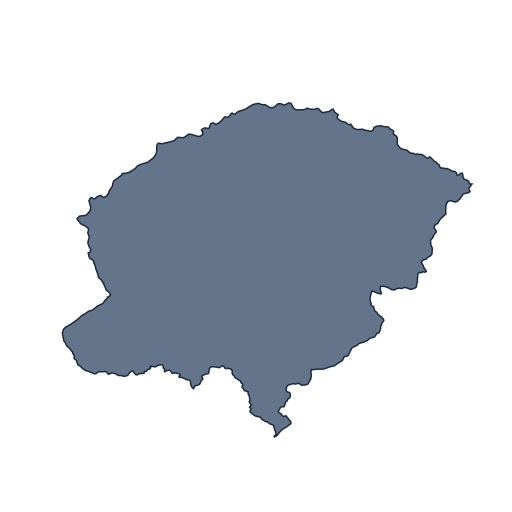 Alpujarra, Tolima, Colombia (orthographic projection), rotated 199°
{"feature_id": "7082276B44819240865688", "entity_name": "Alpujarra", "entity_type": "district", "adm_level": 2, "iso_a3": "COL", "parent_name": "Colombia", "parent_adm1": "Tolima", "projection": "orthographic", "projection_center": [-74.953, 3.394], "detail": "fine", "context": "isolated", "style": "filled", "palette": "slate", "viewbox_px": 512, "rotation_deg": 199, "n_neighbors": 0, "source": "geoboundaries", "source_scale": "gbopen_adm2", "svg_char_len": 6064}
<svg xmlns="http://www.w3.org/2000/svg" viewBox="0 0 512 512"><g transform="rotate(199 256 256)"><path d="M298.9,401.1L303.6,401.1L308.4,398.1L314.3,390.9L319.9,386.8L322.0,383.3L324.1,383.0L325.0,383.4L325.6,383.0L327.3,378.3L327.8,377.9L330.5,377.6L331.1,376.9L333.0,372.2L334.9,369.2L337.0,367.3L339.5,368.0L341.3,367.0L342.0,366.0L342.0,361.6L343.0,361.0L346.3,360.4L348.3,358.2L348.4,356.9L346.9,356.0L345.9,353.8L347.5,351.3L349.6,350.2L357.2,349.9L359.4,349.2L362.0,345.4L363.4,344.1L368.7,342.7L370.2,340.1L370.3,339.1L373.1,336.8L381.3,331.6L385.1,330.8L385.8,329.3L385.7,328.1L383.7,321.5L384.0,318.6L384.9,315.5L389.2,309.1L394.0,305.8L397.3,302.8L398.7,299.4L403.1,293.9L405.7,292.0L409.4,290.5L409.4,288.7L415.0,280.5L415.0,277.8L414.5,275.8L415.5,271.3L416.0,270.3L415.8,267.6L417.0,263.6L419.1,261.8L420.0,261.8L422.5,262.8L425.4,260.4L427.3,257.4L428.5,257.2L430.3,257.8L431.4,257.2L432.0,253.9L428.1,248.3L427.6,245.1L427.9,243.8L430.0,239.1L435.6,236.4L437.4,233.2L436.2,231.8L434.6,231.2L432.7,229.6L431.1,229.1L426.8,228.8L423.4,227.3L422.8,225.9L422.7,223.3L419.8,219.6L419.5,214.8L419.0,213.2L416.7,210.4L414.7,208.7L414.2,207.6L414.1,205.6L415.7,204.3L413.6,200.9L412.2,199.7L408.7,198.9L408.0,198.3L407.2,196.8L404.5,194.0L403.7,192.3L398.9,186.4L398.2,184.6L395.0,183.3L391.5,180.6L386.2,174.8L383.2,174.0L380.9,172.0L381.3,170.5L382.7,169.3L383.3,166.8L384.6,164.3L385.1,161.6L389.7,156.9L392.4,152.5L393.8,151.0L396.3,149.3L399.0,145.5L401.0,143.5L404.6,137.1L409.3,130.7L413.0,126.5L414.2,123.8L413.8,119.6L410.0,113.1L408.2,112.0L405.8,109.5L401.2,107.5L399.8,106.2L398.3,105.7L397.7,104.4L395.7,102.9L394.4,99.7L391.8,98.9L389.2,95.2L386.1,94.6L384.5,93.6L380.2,92.2L376.1,92.4L370.3,92.0L368.6,93.0L367.8,94.7L367.3,95.1L360.8,97.7L359.5,97.6L357.5,96.2L356.9,96.2L354.4,98.3L353.0,98.8L349.1,98.8L347.5,98.2L343.9,99.2L341.4,99.2L338.3,101.4L338.1,103.1L337.0,105.4L335.4,107.1L334.7,107.0L332.9,105.5L330.8,104.7L329.5,104.9L328.2,106.8L327.1,106.9L324.9,108.3L323.7,108.7L323.8,110.4L322.2,111.2L321.4,113.5L319.9,114.2L319.2,116.1L320.0,117.0L319.9,117.5L315.0,118.4L313.1,120.6L310.3,122.4L309.6,122.4L307.8,121.7L307.2,119.9L306.1,119.7L305.5,119.0L304.9,116.9L304.4,116.9L303.8,118.0L300.9,119.8L299.9,119.8L297.1,117.8L296.5,117.8L296.0,119.0L294.5,118.9L291.9,119.6L289.4,119.3L289.0,118.8L289.6,117.2L289.1,116.3L286.4,117.0L280.7,116.5L278.2,117.0L277.3,116.4L275.8,112.9L273.5,110.8L271.8,110.3L271.5,113.3L268.4,115.4L267.5,116.5L267.2,119.9L266.2,122.4L267.8,124.1L267.8,125.4L265.2,127.9L262.8,129.2L262.7,130.7L263.4,133.9L263.0,135.7L262.3,136.7L259.3,137.7L254.5,138.4L251.9,141.3L250.6,141.1L248.4,139.6L245.5,140.8L243.3,140.9L240.8,139.7L240.7,138.0L239.5,136.2L238.3,135.9L235.9,134.0L230.2,132.8L228.4,131.0L226.8,130.6L226.4,129.8L226.8,128.9L226.5,127.4L224.7,126.4L223.3,125.0L219.1,125.0L218.6,123.1L217.0,121.8L214.8,117.6L215.0,115.9L211.9,113.5L212.8,110.9L210.6,109.9L211.3,107.5L210.6,106.4L204.7,104.5L199.7,105.0L196.7,103.2L195.0,103.1L193.1,102.5L191.2,102.8L188.3,101.8L184.5,101.7L179.0,94.2L179.4,92.9L180.2,91.8L179.8,90.9L178.2,92.3L177.5,93.6L176.1,97.7L174.4,101.0L171.7,104.0L168.4,108.9L169.1,110.6L175.7,114.7L177.6,113.2L179.3,113.7L180.8,114.9L183.5,115.5L184.3,116.3L183.5,121.0L182.7,121.7L180.6,122.5L180.4,122.9L180.4,128.0L179.3,129.3L179.3,131.4L178.0,132.5L177.9,134.8L178.5,136.3L179.7,137.8L182.5,137.8L183.8,138.9L184.3,140.4L184.3,142.8L183.6,144.4L179.8,147.1L178.5,147.6L177.3,147.6L174.3,149.5L170.6,148.7L167.1,150.3L165.2,151.8L164.2,157.6L164.8,161.0L166.4,164.5L166.8,166.7L164.2,167.3L163.4,168.1L155.3,171.1L149.1,176.0L146.4,177.5L140.6,185.0L140.1,186.2L139.9,189.4L139.3,190.0L137.9,190.4L136.4,192.1L135.4,200.4L130.8,205.1L130.4,206.7L125.0,210.4L123.2,212.3L121.6,215.4L118.2,217.4L117.5,218.3L116.4,222.4L114.9,223.1L114.5,224.5L114.5,228.0L115.4,230.4L114.8,231.6L115.2,233.4L114.1,236.2L114.4,237.1L115.4,238.1L116.7,238.5L117.3,239.3L119.8,239.8L121.9,240.8L123.5,242.1L125.7,242.7L128.6,246.5L130.3,246.6L131.6,247.4L131.6,248.6L132.8,249.8L134.4,252.9L135.2,260.1L134.6,260.7L128.1,260.5L126.1,260.7L125.1,261.3L126.3,262.7L127.8,265.4L128.5,267.9L124.5,269.1L120.5,269.1L117.3,268.4L114.1,268.9L112.1,271.2L110.2,272.2L107.7,272.6L105.6,274.6L101.8,275.0L99.5,274.7L97.6,275.5L95.2,277.5L94.4,278.8L95.0,282.6L94.9,284.2L95.6,285.7L97.2,292.0L97.0,292.8L96.0,293.6L94.6,293.8L93.0,295.4L90.6,295.9L89.9,296.9L91.7,298.5L93.2,299.3L94.6,301.2L97.4,303.5L97.2,306.0L94.0,308.5L92.9,311.3L91.6,312.0L90.3,315.0L91.7,320.7L94.2,323.2L96.1,327.9L96.1,328.6L94.9,330.4L94.6,334.2L93.4,337.2L94.0,338.7L96.5,340.2L97.0,342.8L96.8,343.8L94.7,346.1L93.9,350.5L90.1,357.7L91.3,360.0L92.7,365.2L92.9,367.3L92.4,369.9L90.1,371.7L85.0,371.9L83.4,373.2L81.7,376.6L80.2,382.2L75.5,385.2L74.6,386.7L76.7,388.6L76.8,389.2L75.2,394.4L77.6,393.7L78.8,395.3L80.4,396.4L83.0,396.3L84.6,396.7L85.6,397.4L87.1,400.5L88.0,401.5L89.6,400.7L90.8,398.2L91.9,398.0L92.7,398.3L93.2,399.5L94.0,400.1L95.5,400.6L98.9,400.1L100.3,400.6L103.9,400.9L105.9,400.1L108.0,400.1L109.6,399.2L110.6,400.0L111.4,400.1L112.5,401.8L113.2,402.1L114.4,402.2L116.4,403.5L118.4,403.7L123.1,406.1L124.4,406.1L125.1,404.5L125.7,404.3L127.4,404.4L130.4,405.7L133.3,405.8L135.1,405.1L136.9,405.0L137.8,404.0L141.3,404.2L143.6,403.5L147.7,405.2L153.0,404.7L154.8,405.0L158.7,407.5L161.0,414.0L162.6,415.2L165.6,415.8L166.4,418.5L167.3,419.3L170.7,419.8L172.9,421.1L177.5,419.9L179.8,419.9L183.9,418.2L186.1,416.1L186.4,415.0L186.1,413.6L187.5,411.4L193.6,410.5L196.4,410.6L201.6,408.4L205.7,408.7L209.2,411.5L210.3,410.7L211.9,410.5L214.8,411.6L219.5,411.2L223.7,412.5L224.4,413.7L224.2,416.3L228.5,417.6L230.8,419.9L232.0,419.4L233.8,416.5L239.4,413.4L240.7,413.3L244.5,415.4L246.0,415.6L249.1,413.4L253.5,412.3L255.6,412.5L257.8,410.2L263.0,408.1L265.9,407.4L267.4,407.5L270.0,409.2L272.3,411.6L274.1,411.7L275.0,411.3L278.1,408.0L279.3,407.8L281.7,408.1L284.7,407.2L286.5,403.9L287.8,402.2L289.3,401.1L290.9,400.8L296.6,402.1L298.9,401.1Z" fill="#64748b" stroke="#1e293b" stroke-width="1.5"/></g></svg>